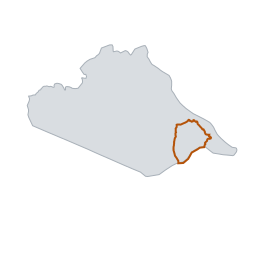 Al-Hasakeh, Hasaka (Al Haksa), Syria shown in context, rotated 54°
{"feature_id": "27442178B13029247631939", "entity_name": "Al-Hasakeh", "entity_type": "district", "adm_level": 2, "iso_a3": "SYR", "parent_name": "Syria", "parent_adm1": "Hasaka (Al Haksa)", "projection": "albers", "projection_center": [40.726, 36.168], "detail": "fine", "context": "in_parent", "style": "outline", "palette": "amber", "viewbox_px": 256, "rotation_deg": 54, "n_neighbors": 0, "source": "geoboundaries", "source_scale": "gbopen_adm2", "svg_char_len": 4486}
<svg xmlns="http://www.w3.org/2000/svg" viewBox="0 0 256 256"><g transform="rotate(54 128 128)"><path d="M51.4,92.0L53.3,92.3L57.2,94.9L57.8,94.9L59.2,91.7L60.4,90.7L62.9,89.9L63.8,84.7L65.0,83.8L66.4,83.3L68.6,83.3L70.4,83.1L70.6,82.2L68.2,76.1L68.5,74.6L70.0,68.7L70.9,66.4L71.7,65.6L74.6,66.0L78.6,67.3L79.6,69.0L81.6,70.6L84.6,70.6L88.0,71.1L90.7,71.2L92.9,70.2L97.8,68.4L100.2,67.8L102.5,67.0L109.6,63.9L112.4,64.2L114.3,64.7L115.8,65.2L119.0,67.5L121.7,69.9L123.6,70.6L127.1,70.6L132.0,71.1L138.2,71.2L141.8,70.6L146.3,69.6L154.5,66.9L165.2,61.4L171.5,58.6L174.2,58.3L177.7,58.3L181.3,59.0L185.3,59.5L187.1,59.4L191.4,58.8L197.0,57.6L200.5,56.6L204.8,55.1L207.4,52.5L208.2,52.2L209.3,52.6L209.8,52.8L211.0,54.2L212.2,58.0L212.2,58.4L212.0,59.4L209.2,62.5L205.5,66.8L202.8,69.4L198.3,73.9L194.9,74.9L189.1,76.5L187.6,78.1L186.2,80.6L185.3,84.0L185.1,86.2L185.0,90.2L186.3,94.3L187.7,98.3L187.9,100.9L187.7,103.5L186.5,106.3L185.1,110.1L184.4,114.4L184.0,122.4L184.0,129.2L183.9,130.4L181.5,135.2L178.7,140.8L177.3,142.2L171.1,143.8L164.3,148.0L156.6,152.6L149.6,156.7L142.2,161.0L134.6,165.5L129.1,168.7L121.7,172.9L115.0,176.9L108.1,181.0L102.9,184.1L95.0,188.9L90.3,191.7L83.4,195.9L77.3,199.5L70.1,203.8L61.3,202.1L58.5,201.2L56.3,198.9L54.7,197.7L50.6,196.3L48.1,192.1L46.6,190.5L43.8,189.7L45.2,187.2L45.5,185.5L46.8,183.4L46.1,182.0L45.9,179.1L45.4,178.3L45.2,177.5L45.7,176.6L45.6,175.7L45.1,175.2L45.0,173.7L44.7,172.7L44.9,171.3L45.6,170.5L46.3,168.9L47.0,168.4L48.3,167.5L48.6,166.4L49.7,165.4L51.2,164.6L51.5,163.9L51.3,163.5L50.0,162.7L49.3,161.3L50.0,159.3L50.5,158.7L51.4,157.8L53.4,156.4L54.8,156.2L56.1,156.3L58.3,156.5L59.9,156.9L60.4,156.5L60.3,156.0L58.3,154.7L58.2,153.8L58.8,152.8L60.3,151.2L62.1,150.1L63.0,149.9L65.1,147.6L66.5,145.0L64.7,138.4L63.5,137.3L61.5,136.3L60.4,136.2L60.3,135.7L62.0,134.1L63.1,132.8L62.0,131.3L59.8,130.6L58.9,132.0L56.0,132.0L51.6,131.7L50.0,124.8L49.8,121.8L50.1,118.4L51.7,113.4L51.1,111.0L51.2,109.5L50.9,107.3L47.7,102.5L50.0,94.0L51.4,92.0Z" fill="#d9dde1" stroke="#a8b0b8" stroke-width="1"/><path d="M188.3,77.6L188.1,77.3L187.1,76.3L186.8,75.9L186.7,75.4L186.6,75.0L186.4,74.8L186.2,74.7L185.9,74.7L185.4,74.6L185.3,74.4L185.1,73.7L185.0,72.7L184.9,71.9L184.9,71.7L184.7,71.5L184.6,71.3L184.3,71.1L184.2,71.0L184.1,70.9L183.8,70.4L183.8,69.4L184.0,69.0L184.2,68.8L184.6,68.5L184.7,68.1L184.9,67.8L185.0,67.4L184.8,67.3L184.8,67.2L184.8,66.9L184.7,66.6L184.4,66.5L184.2,66.5L183.9,66.8L183.7,66.9L183.5,67.0L183.1,66.8L183.0,66.7L182.8,66.7L182.6,66.8L182.4,66.9L182.2,67.1L182.1,67.3L181.6,67.2L181.1,66.8L181.0,66.5L180.7,66.9L179.6,68.2L178.7,68.8L176.9,68.5L176.6,68.3L175.9,67.9L175.1,67.9L174.5,67.9L173.9,67.7L173.5,67.7L173.4,68.0L173.2,68.2L172.9,68.4L172.9,68.5L172.5,68.6L171.1,68.5L169.5,68.8L167.6,68.9L166.3,69.2L165.4,69.2L165.1,69.0L164.5,68.6L164.0,68.4L163.5,68.4L163.4,68.4L163.1,68.5L163.0,68.8L163.1,69.2L163.0,69.4L162.6,69.6L162.1,69.7L161.9,69.8L161.4,70.0L160.9,69.9L160.3,70.1L160.1,70.5L160.3,70.8L160.7,71.5L160.7,71.8L160.4,72.5L160.2,72.9L159.7,72.9L159.4,73.0L158.9,73.4L158.6,73.7L158.5,73.8L158.2,73.6L157.7,73.6L157.1,74.0L157.0,74.3L157.3,74.9L157.4,75.7L157.5,76.8L157.5,77.0L157.4,77.4L157.3,78.6L157.1,79.1L157.0,79.7L156.9,80.0L156.2,83.4L155.8,83.9L155.7,84.0L154.4,85.8L154.3,86.0L154.1,86.2L154.2,86.5L154.1,86.8L154.5,87.0L154.8,87.3L155.3,87.7L155.6,87.9L155.9,88.2L156.1,88.7L156.2,89.1L156.4,89.7L156.6,89.9L157.0,90.1L157.5,90.4L157.8,90.6L158.0,90.8L158.6,91.3L158.9,91.5L159.2,91.6L159.7,91.6L159.8,91.7L159.9,92.3L160.1,92.6L160.4,92.9L160.6,93.0L161.0,93.3L161.7,93.7L161.9,93.9L162.5,94.1L163.0,94.3L163.3,94.8L163.4,95.1L163.5,95.4L163.6,95.6L163.7,96.0L164.0,96.3L164.3,96.7L164.5,96.9L165.1,97.5L165.3,97.7L165.8,98.2L166.0,98.5L166.4,99.0L166.5,99.0L167.0,99.3L167.3,99.5L167.5,99.7L167.7,99.9L168.0,100.2L168.3,100.5L169.3,101.3L169.7,101.9L169.8,102.0L170.1,102.2L170.4,102.5L171.2,103.2L171.5,103.3L171.9,103.5L172.1,103.7L172.2,103.9L172.5,104.1L173.1,104.4L173.8,104.6L174.1,104.7L175.4,105.2L176.5,105.6L177.1,105.9L178.2,106.3L179.2,106.3L179.5,106.3L180.7,106.3L181.6,106.4L182.6,106.5L184.1,106.6L185.9,107.8L186.1,108.0L187.5,105.9L188.8,103.8L188.7,102.3L188.4,98.5L188.4,98.2L188.4,97.5L188.0,96.7L187.2,94.8L185.5,91.3L185.4,91.0L185.3,90.7L185.4,90.1L185.4,89.9L185.5,89.6L185.7,87.5L186.0,85.1L186.1,84.3L186.1,83.7L186.1,82.7L186.1,81.9L186.1,81.7L186.1,81.4L186.6,80.7L186.9,80.0L188.3,77.6Z" fill="none" stroke="#b45309" stroke-width="2"/></g></svg>